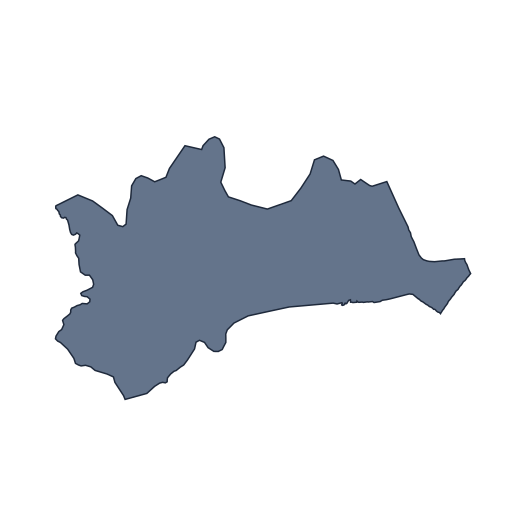 Youwarou, Mopti, Mali (Mercator projection), rotated 172°
{"feature_id": "8926073B44950387084983", "entity_name": "Youwarou", "entity_type": "district", "adm_level": 2, "iso_a3": "MLI", "parent_name": "Mali", "parent_adm1": "Mopti", "projection": "mercator", "projection_center": [-4.577, 15.386], "detail": "fine", "context": "isolated", "style": "filled", "palette": "slate", "viewbox_px": 512, "rotation_deg": 172, "n_neighbors": 0, "source": "geoboundaries", "source_scale": "gbopen_adm2", "svg_char_len": 3659}
<svg xmlns="http://www.w3.org/2000/svg" viewBox="0 0 512 512"><g transform="rotate(172 256 256)"><path d="M456.3,219.4L456.5,219.1L455.8,214.8L458.7,210.2L461.8,208.6L465.2,204.5L466.1,201.9L464.2,199.3L461.7,197.6L460.3,195.9L455.5,190.0L450.6,180.0L449.7,174.8L447.0,172.8L444.5,171.5L440.0,171.5L435.0,169.2L431.3,165.1L420.0,159.9L414.0,156.1L413.3,150.5L406.6,136.2L405.6,132.2L383.2,135.1L374.6,141.0L369.2,143.5L366.1,143.9L363.4,143.0L361.5,143.8L361.2,145.5L360.6,147.7L357.0,151.0L355.0,152.2L353.2,153.3L351.0,153.7L346.4,156.5L342.8,158.1L338.3,162.6L329.8,172.5L327.4,179.0L323.7,180.4L319.0,177.6L316.2,171.9L311.0,167.4L306.7,166.7L302.5,168.1L300.2,171.4L297.9,174.6L297.3,178.8L296.8,183.0L294.7,186.9L292.3,188.7L287.1,192.7L272.1,197.8L248.3,199.6L238.5,200.3L237.3,200.4L230.2,200.9L186.1,198.6L182.4,197.2L177.4,197.8L177.2,197.0L178.0,195.7L177.4,195.1L175.9,195.2L174.9,195.8L174.8,196.3L174.3,196.9L173.4,196.2L172.8,196.4L172.6,196.5L172.2,197.0L170.9,198.6L170.6,198.9L170.3,199.2L168.6,199.5L168.8,197.4L168.8,197.1L168.1,197.1L166.5,196.4L162.8,196.2L162.3,197.3L161.6,196.3L160.6,195.8L157.2,195.6L156.2,195.1L151.9,195.1L151.4,194.8L150.9,194.8L147.5,194.7L147.0,194.7L145.6,193.5L139.4,193.6L137.1,194.6L132.8,194.6L129.0,194.9L112.6,196.8L109.6,197.1L106.0,196.2L102.3,192.1L101.2,190.9L100.9,191.0L99.1,188.8L98.5,188.1L97.7,187.8L96.3,186.5L94.1,184.3L93.0,183.7L91.2,181.7L90.4,181.4L88.8,180.2L88.1,179.3L87.5,178.5L86.5,178.4L85.8,177.7L84.9,176.3L83.5,175.0L83.0,174.9L82.2,174.5L81.7,173.8L81.3,173.2L80.6,174.2L80.1,174.7L78.8,176.3L77.5,177.4L76.3,179.0L74.4,180.9L73.7,181.6L73.5,181.8L73.4,181.9L73.0,182.3L72.5,183.3L71.1,185.0L70.5,185.4L69.6,186.2L68.5,187.4L68.1,187.9L66.7,189.1L65.2,190.4L64.0,192.1L62.4,193.8L61.3,194.3L60.5,194.9L59.7,196.0L58.2,197.7L56.9,198.6L55.8,199.8L54.2,201.7L52.5,202.6L51.5,203.5L50.1,205.1L48.2,206.5L47.4,207.4L47.2,207.6L45.9,208.7L47.2,212.7L47.9,216.0L48.3,218.1L49.3,220.3L49.9,222.5L49.9,224.3L52.5,224.5L57.0,224.9L60.1,225.2L70.0,224.9L72.4,225.2L80.0,225.5L85.3,226.6L87.5,227.4L90.8,229.1L91.8,230.2L92.5,230.9L94.5,234.5L96.1,241.1L97.7,248.2L98.5,250.4L99.6,253.6L99.8,257.5L101.1,260.5L101.4,263.7L108.0,283.7L116.1,311.5L131.3,308.9L133.7,310.0L136.4,312.4L141.7,317.2L148.0,313.5L149.4,314.8L151.7,317.0L160.9,319.4L162.3,330.2L166.5,339.9L175.2,345.5L184.7,343.1L191.0,329.7L202.1,317.0L213.4,305.9L238.2,300.9L253.7,307.2L263.9,312.9L275.1,318.4L277.7,325.0L280.6,334.0L274.3,347.7L272.7,367.7L275.9,376.9L280.3,379.8L286.3,378.2L293.1,372.6L295.0,369.0L311.0,375.1L329.5,354.8L334.2,346.5L340.1,345.0L346.0,343.6L352.3,348.3L358.5,351.5L364.2,349.4L369.4,342.8L372.0,330.8L377.2,319.9L380.2,305.7L383.8,303.6L388.6,305.7L392.6,316.0L401.3,324.7L410.1,333.2L423.9,341.3L447.1,333.6L447.4,332.9L447.5,332.6L447.6,330.8L446.4,329.8L446.1,328.8L445.8,328.4L445.1,327.5L444.9,325.0L444.1,324.0L444.1,322.4L443.1,320.9L441.2,320.3L440.2,320.9L438.9,320.5L438.6,319.4L438.5,318.8L438.1,318.4L437.6,317.8L436.9,312.7L436.8,308.2L436.4,305.1L435.5,303.0L433.9,302.1L431.6,302.7L430.8,303.4L430.3,303.8L429.9,303.5L429.0,302.8L427.6,301.2L428.7,297.9L429.4,296.2L429.7,295.6L432.3,293.8L433.6,292.8L433.7,291.2L433.6,290.5L433.6,290.1L434.0,285.7L434.3,284.2L433.3,281.2L431.9,278.4L432.4,272.2L432.0,264.7L427.8,260.8L423.6,260.2L421.0,255.2L420.7,250.6L422.2,247.7L428.2,245.6L432.3,244.7L434.7,243.4L434.1,241.1L431.4,239.8L428.9,239.2L426.4,236.4L427.0,233.8L429.9,232.1L434.7,233.2L436.9,232.2L440.1,231.8L442.9,230.7L445.8,230.0L447.0,228.3L447.3,226.2L448.3,224.6L451.0,222.9L454.8,220.8L456.3,219.4Z" fill="#64748b" stroke="#1e293b" stroke-width="1.5"/></g></svg>